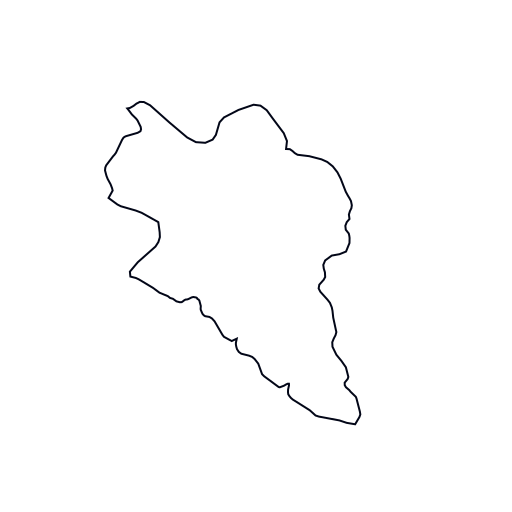 SVG path tracing the border of Korçë, rotated 325°
{"feature_id": "ALB-1521", "entity_name": "Korçë", "entity_type": "County", "adm_level": 1, "iso_a3": "ALB", "parent_name": "Albania", "parent_adm1": "", "projection": "natural_earth1", "projection_center": [20.625, 40.584], "detail": "fine", "context": "isolated", "style": "outline", "palette": "ink", "viewbox_px": 512, "rotation_deg": 325, "n_neighbors": 0, "source": "natural_earth", "source_scale": "10m", "svg_char_len": 2466}
<svg xmlns="http://www.w3.org/2000/svg" viewBox="0 0 512 512"><g transform="rotate(325 256 256)"><path d="M235.2,61.3L237.6,62.4L241.8,62.8L245.7,62.6L246.5,62.8L249.2,63.1L252.5,65.6L255.7,71.8L261.7,97.1L267.6,119.4L272.1,128.3L276.2,131.6L279.4,134.2L287.2,135.8L292.6,133.8L302.8,125.6L308.9,124.2L309.1,124.1L325.4,126.3L340.8,130.7L345.9,135.4L348.4,142.7L348.6,153.0L349.2,171.3L347.3,179.6L342.0,185.6L345.0,187.9L346.1,190.9L346.8,194.0L348.1,196.9L356.9,204.8L365.1,214.4L368.3,219.8L370.3,226.6L370.7,234.2L369.7,241.3L366.4,254.8L365.9,259.2L365.7,262.4L365.3,265.5L363.6,269.4L361.5,271.6L358.7,273.1L355.9,275.3L353.8,279.3L349.8,280.3L346.5,282.5L344.6,286.0L344.9,290.8L344.0,293.0L343.0,294.9L340.0,299.0L332.3,304.0L325.4,302.4L318.3,299.1L310.1,299.3L306.0,301.9L304.3,305.2L303.1,308.9L300.6,312.9L297.8,314.3L291.4,315.8L288.7,318.5L288.2,322.2L289.5,332.7L289.7,336.8L288.6,341.6L287.2,344.8L283.9,350.8L279.1,362.2L278.2,364.4L275.7,366.5L272.4,368.2L269.0,370.4L266.6,374.2L265.2,383.0L265.8,390.8L265.8,398.7L262.3,408.0L260.6,409.3L256.0,410.6L254.6,412.7L254.4,415.1L255.5,419.4L255.6,421.4L257.0,428.6L256.6,430.3L251.9,442.9L250.6,445.6L248.4,447.2L240.7,450.7L234.6,444.7L230.0,438.5L215.4,423.6L213.3,420.8L211.6,413.3L203.8,394.7L203.2,392.3L203.0,389.9L203.1,387.8L204.1,385.9L205.6,383.9L208.9,380.8L209.7,379.5L208.9,378.9L207.3,378.5L204.5,378.3L200.2,377.2L199.4,376.3L193.7,359.2L193.2,356.3L196.1,345.5L195.8,339.6L195.0,336.5L193.1,333.6L187.9,327.6L186.9,324.7L187.0,321.4L187.9,318.8L188.8,316.9L189.8,315.5L192.8,312.7L187.3,311.7L183.4,303.8L183.3,301.2L184.6,285.7L184.1,281.9L182.9,279.2L179.8,276.1L179.3,274.9L179.0,273.0L179.2,271.6L179.9,268.3L180.5,267.3L182.1,265.3L184.0,260.1L184.0,258.8L183.4,257.6L183.5,256.4L183.1,255.6L181.1,253.6L179.5,253.0L176.0,252.5L174.7,252.1L173.3,251.3L172.0,251.1L170.4,251.2L168.7,251.2L167.1,250.2L164.8,247.5L163.4,243.4L161.5,241.0L160.8,238.4L155.9,230.7L153.3,222.9L146.6,207.9L145.0,205.1L141.3,200.8L143.7,196.5L155.6,193.3L179.1,190.6L184.0,188.6L188.1,185.4L190.7,181.3L195.4,172.2L187.1,155.0L183.5,149.7L173.8,137.7L172.0,134.3L168.5,123.9L176.1,120.2L177.0,117.9L178.0,113.9L178.7,107.7L179.5,104.5L181.4,99.3L183.3,97.1L185.3,95.8L196.2,92.3L198.1,91.9L200.5,91.1L212.8,84.1L215.2,83.1L216.6,83.0L218.3,83.3L229.7,87.2L232.9,87.5L234.5,86.3L235.6,84.1L236.7,77.0L236.6,74.8L235.5,68.8L235.3,62.5L235.2,61.3Z" fill="none" stroke="#020617" stroke-width="2"/></g></svg>